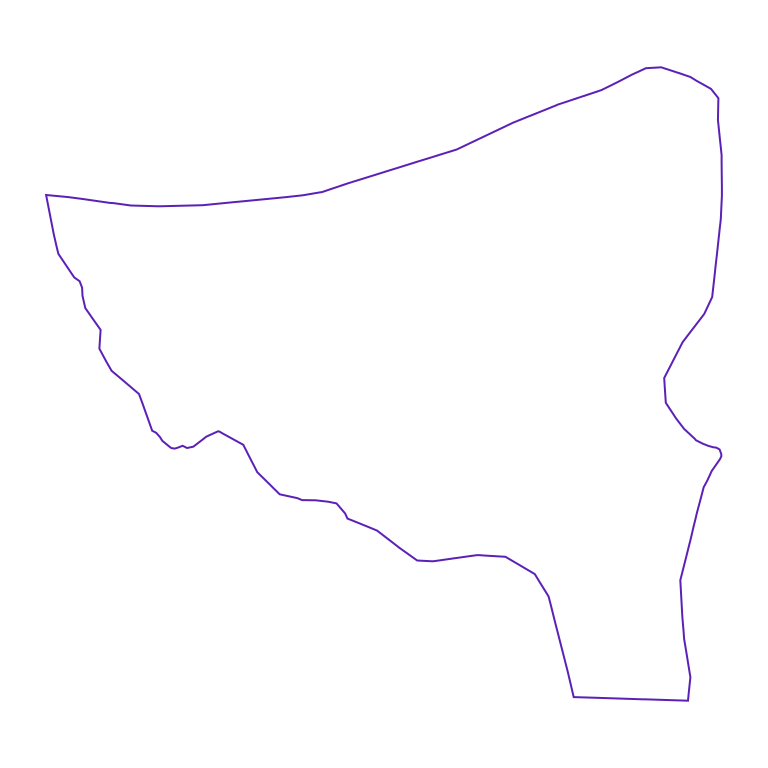 outline of Az Zuhrah, Al Hudaydah, Yemen
{"feature_id": "15242507B61035382056720", "entity_name": "Az Zuhrah", "entity_type": "district", "adm_level": 2, "iso_a3": "YEM", "parent_name": "Yemen", "parent_adm1": "Al Hudaydah", "projection": "orthographic", "projection_center": [43.096, 15.722], "detail": "fine", "context": "isolated", "style": "outline", "palette": "violet", "viewbox_px": 768, "rotation_deg": 0, "n_neighbors": 0, "source": "geoboundaries", "source_scale": "gbopen_adm2", "svg_char_len": 2785}
<svg xmlns="http://www.w3.org/2000/svg" viewBox="0 0 768 768"><path d="M46.1,195.0L53.9,234.9L55.1,240.0L56.4,245.8L58.4,253.9L74.2,277.4L79.6,281.2L82.1,287.7L82.5,295.8L85.3,308.1L91.0,316.2L91.3,316.7L100.2,329.3L100.6,329.9L99.8,342.1L99.7,343.5L99.4,348.2L99.4,348.7L106.3,361.6L111.6,370.8L113.6,372.5L115.2,373.8L115.8,374.3L130.3,386.6L132.5,388.5L139.0,394.0L142.4,403.2L150.0,424.6L152.2,430.8L152.9,431.1L156.2,432.8L160.0,437.1L162.3,440.8L168.5,445.9L171.2,448.0L174.6,448.6L177.4,447.8L182.6,445.8L184.1,446.5L187.0,448.0L187.6,447.9L189.4,447.5L193.3,446.7L202.3,439.8L206.4,436.6L216.3,432.1L218.1,431.3L219.0,431.4L220.3,432.1L222.2,433.2L236.0,440.8L243.3,444.8L244.3,446.8L246.0,450.1L247.7,453.5L248.1,454.3L252.6,463.1L253.2,464.2L256.6,470.9L257.2,472.1L257.5,472.4L259.0,473.9L259.4,474.3L269.0,483.7L274.3,489.0L279.7,494.3L295.8,497.8L297.2,498.1L302.1,500.1L315.6,500.3L328.1,501.7L336.5,503.4L345.1,513.4L347.5,518.6L350.1,519.6L357.8,522.7L370.1,527.7L377.1,530.6L379.4,532.4L393.2,543.0L399.6,548.0L400.2,548.4L417.2,560.5L417.6,560.5L418.9,560.6L432.7,561.3L436.7,560.8L451.4,558.7L454.8,558.2L455.7,558.1L466.3,556.6L468.4,556.3L469.9,556.1L477.3,555.1L480.0,555.2L483.9,555.5L505.5,556.8L534.8,574.1L539.5,581.8L544.9,590.5L548.6,596.5L550.7,604.6L554.3,619.1L556.7,628.5L564.0,657.0L567.7,671.5L573.7,697.1L593.6,697.7L642.3,699.3L644.5,699.3L688.0,700.7L688.8,692.3L690.4,677.3L688.1,663.2L686.9,655.6L685.1,644.8L684.1,638.8L683.5,630.4L682.4,617.5L682.2,614.4L680.5,583.4L680.3,580.3L685.6,559.3L689.2,544.9L690.6,539.4L691.1,537.3L693.6,526.5L695.5,518.9L696.9,512.9L700.4,499.8L703.7,487.2L707.3,480.6L711.7,471.0L714.3,467.3L719.1,460.4L720.0,459.1L721.3,456.4L721.3,454.1L719.6,449.5L716.5,447.7L713.0,447.2L708.1,445.8L702.4,443.5L695.9,440.2L694.8,438.8L684.0,428.8L675.9,418.2L672.4,412.8L665.8,402.8L665.2,393.7L664.6,384.7L664.2,378.0L671.0,364.8L677.6,351.9L679.4,348.5L682.6,342.2L690.3,332.1L695.3,325.6L696.6,323.9L703.6,314.8L704.3,313.8L712.2,297.0L712.8,291.4L714.2,279.0L715.0,271.7L715.1,270.7L715.2,269.4L715.7,265.0L716.6,257.2L716.7,256.5L719.4,231.6L719.7,228.6L720.4,222.9L720.8,219.0L721.0,214.7L721.9,195.9L721.9,195.3L721.9,194.9L721.9,187.3L721.7,170.4L721.6,161.1L721.6,154.6L721.5,154.2L720.5,144.4L720.0,140.0L718.2,122.5L717.9,119.7L718.0,118.0L718.2,106.9L718.4,98.2L711.0,88.9L696.2,80.6L690.4,77.0L682.0,74.1L681.7,74.0L661.2,67.3L645.9,68.2L631.8,74.7L618.4,81.7L601.4,90.1L557.2,104.8L556.3,105.3L513.0,122.7L456.7,149.5L418.6,161.3L347.7,183.4L329.9,189.4L327.8,190.1L322.3,192.0L319.2,192.5L302.7,195.3L286.2,197.1L278.1,197.9L237.7,201.8L236.3,201.9L202.8,205.2L158.9,206.3L130.8,205.5L113.4,203.1L109.9,202.9L107.8,202.6L82.8,199.0L68.3,197.1L46.1,195.0Z" fill="none" stroke="#5b21b6" stroke-width="2"/></svg>